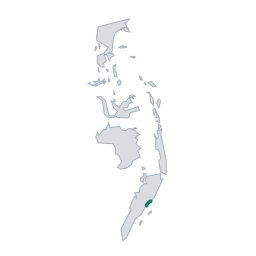 Pesisir Selatan, Sumatera Barat, Indonesia shown in context, rotated 252°
{"feature_id": "22746128B35993392452682", "entity_name": "Pesisir Selatan", "entity_type": "district", "adm_level": 2, "iso_a3": "IDN", "parent_name": "Indonesia", "parent_adm1": "Sumatera Barat", "projection": "orthographic", "projection_center": [100.561, -1.718], "detail": "fine", "context": "in_parent", "style": "filled", "palette": "teal", "viewbox_px": 256, "rotation_deg": 252, "n_neighbors": 0, "source": "geoboundaries", "source_scale": "gbopen_adm2", "svg_char_len": 5056}
<svg xmlns="http://www.w3.org/2000/svg" viewBox="0 0 256 256"><g transform="rotate(252 128 128)"><path d="M93.8,105.9L98.1,111.7L104.5,111.0L107.7,108.3L113.3,109.9L117.6,108.9L123.0,95.3L129.8,94.7L133.1,97.9L129.7,98.2L134.6,104.7L133.3,106.2L139.0,111.4L133.9,110.8L132.2,120.1L128.3,121.4L126.0,125.1L127.4,127.6L125.9,131.7L118.3,136.9L116.7,132.2L113.6,133.3L110.4,130.7L104.6,133.7L103.8,130.4L96.8,130.7L95.5,122.3L92.0,120.0L90.4,114.2L91.1,108.5L93.8,105.9ZM22.5,88.3L33.9,90.0L48.7,105.0L50.5,106.2L51.3,104.6L61.1,113.0L58.7,114.8L64.3,114.4L63.2,118.7L67.7,121.1L70.1,126.3L69.2,128.8L72.9,127.7L76.1,131.4L74.5,144.8L69.0,143.3L68.8,145.3L53.9,131.6L47.6,120.0L41.9,114.1L39.1,106.6L24.2,92.8L22.5,88.3ZM233.5,130.9L231.4,163.2L228.2,158.5L228.7,157.2L223.9,158.6L224.9,155.4L223.7,153.7L224.2,153.5L225.0,153.6L225.4,153.5L223.3,152.2L224.3,151.8L222.7,145.9L218.7,142.2L205.5,136.3L205.1,132.5L203.1,136.6L201.1,137.4L200.5,133.6L197.3,131.0L204.6,130.3L205.6,127.7L198.8,128.3L197.2,124.9L193.3,124.1L194.4,121.3L199.3,118.9L205.9,121.0L206.7,128.8L210.9,134.1L221.4,125.0L233.5,130.9ZM166.3,111.7L161.2,115.0L146.5,113.8L144.7,115.0L144.0,119.1L146.9,123.2L151.1,120.6L159.7,120.4L150.0,125.8L154.3,130.9L154.0,134.5L156.8,138.4L150.8,140.1L151.1,136.8L147.7,133.9L148.6,130.1L146.7,129.7L144.9,131.0L145.3,144.2L141.2,144.2L141.8,136.4L141.1,133.8L138.3,133.2L137.9,129.8L141.4,120.8L143.0,120.6L142.5,116.8L145.0,111.5L148.8,109.8L162.0,112.3L167.3,108.3L166.3,111.7ZM76.1,145.3L87.2,147.2L88.8,149.7L97.3,150.5L99.4,148.0L107.6,150.5L109.8,154.1L116.5,154.8L116.3,157.9L117.1,159.7L110.9,157.2L85.0,154.3L72.0,149.9L76.1,145.3ZM179.1,112.6L183.2,109.1L181.4,113.2L184.2,115.8L179.8,115.3L182.1,121.3L178.9,118.0L177.7,111.1L180.3,105.9L179.1,112.6ZM181.0,131.1L191.3,132.6L192.2,136.2L188.1,133.5L182.3,134.0L180.6,132.5L179.6,134.2L181.0,131.1ZM155.5,159.3L147.4,160.8L141.8,159.5L145.6,157.3L153.4,159.3L156.2,156.8L155.5,159.3ZM132.3,156.7L137.8,157.5L138.6,159.4L127.6,160.9L129.5,157.8L133.2,159.6L134.5,158.9L132.3,156.7ZM165.1,161.0L165.0,164.6L158.9,167.7L159.4,164.3L165.1,161.0ZM76.1,124.2L77.7,128.2L79.9,128.7L79.1,131.2L75.8,130.0L74.8,126.8L71.6,126.1L73.2,123.7L76.1,124.2ZM222.5,158.8L219.0,159.2L221.0,155.2L223.8,154.4L224.5,156.0L222.5,158.8ZM142.5,162.9L145.0,164.6L146.0,166.5L143.4,167.2L137.6,163.6L142.5,162.9ZM175.0,132.1L176.6,134.9L174.1,135.8L171.4,133.7L171.6,132.2L175.0,132.1ZM116.7,156.7L122.5,157.9L119.8,160.1L116.7,156.7ZM125.9,157.0L126.6,160.3L123.2,159.8L125.9,157.0ZM86.8,129.4L83.8,131.9L84.1,128.7L86.8,129.4ZM207.6,144.3L208.0,148.6L206.9,148.8L206.1,145.7L207.6,144.3ZM115.0,150.7L110.4,152.0L108.5,151.2L115.0,150.7ZM158.2,139.2L158.1,143.1L155.5,144.7L156.7,139.5L158.2,139.2ZM31.5,108.8L35.8,111.0L35.2,113.1L31.5,108.8ZM41.9,124.7L40.2,123.9L39.5,120.7L40.7,120.6L41.9,124.7ZM193.3,156.8L192.6,155.2L194.9,152.4L194.7,155.0L193.3,156.8ZM190.6,117.4L194.8,118.5L190.0,118.0L190.6,117.4ZM164.1,124.9L168.2,126.0L163.7,125.8L164.1,124.9ZM156.2,141.0L153.9,142.9L156.0,139.5L156.2,141.0ZM211.7,120.6L213.8,121.1L215.7,122.9L213.8,123.3L211.7,120.6ZM173.8,154.9L172.3,156.2L169.3,156.4L170.1,154.8L173.8,154.9ZM207.2,149.4L206.2,151.4L205.3,151.3L205.6,148.1L207.2,149.4ZM180.9,125.1L178.3,125.4L177.5,124.7L178.7,123.4L180.9,125.1ZM212.0,125.3L215.0,125.7L217.7,126.5L215.0,126.9L212.0,125.3ZM157.3,122.4L160.0,123.7L157.2,124.4L157.3,122.4ZM182.9,105.8L181.1,105.4L182.8,104.0L182.9,105.8ZM162.8,158.4L165.9,157.3L166.2,158.0L162.8,158.4ZM190.5,125.4L190.0,127.2L187.8,126.2L188.9,125.7L190.5,125.4ZM126.1,134.9L124.9,136.1L125.9,132.4L126.1,134.9ZM178.3,118.4L179.7,120.8L179.2,121.2L177.2,119.3L178.3,118.4Z" fill="#d9dde1" stroke="#a8b0b8" stroke-width="1"/><path d="M52.4,127.1L52.3,126.3L52.3,126.2L52.2,126.2L52.1,125.9L52.1,125.7L51.9,125.6L51.7,125.4L51.8,125.3L51.9,125.2L51.8,124.8L51.7,124.8L51.7,124.7L51.7,124.3L51.6,124.2L51.4,124.1L51.2,123.9L51.1,123.7L50.9,123.5L50.9,123.4L50.9,123.2L50.7,123.2L50.7,122.9L50.5,122.7L50.4,122.5L50.4,122.4L50.2,122.4L50.1,122.2L50.1,122.3L50.0,122.2L50.0,121.9L50.0,121.7L49.9,121.7L49.7,121.6L49.7,121.4L49.3,121.4L49.2,121.4L49.1,121.2L48.9,121.2L48.8,120.9L48.8,120.7L48.7,120.7L48.6,120.8L48.4,120.9L48.4,121.0L48.2,121.1L48.1,121.3L48.0,121.5L47.9,121.5L48.0,121.6L47.9,121.7L48.0,121.7L47.9,121.7L48.0,121.7L48.0,121.8L48.0,121.7L48.0,121.8L48.0,121.7L48.1,121.8L48.2,122.0L48.3,122.2L48.5,122.3L48.8,122.4L48.9,122.5L49.0,122.7L49.0,122.8L48.9,122.8L49.0,122.9L48.9,123.0L49.0,123.2L49.0,123.3L49.1,123.5L49.2,123.8L49.3,123.9L49.4,124.0L49.5,124.2L49.6,124.3L49.7,124.5L49.8,124.6L49.9,124.8L50.0,124.9L50.1,125.0L50.3,125.4L50.4,125.5L50.4,125.8L50.4,126.0L50.4,126.3L50.2,126.5L50.3,126.9L50.4,127.0L50.5,127.3L50.5,127.5L51.0,127.9L51.1,128.1L51.7,127.8L51.8,127.7L52.0,127.7L52.2,127.4L52.3,127.4L52.4,127.2L52.4,127.1ZM48.0,121.8L47.9,121.8L48.0,121.8L47.9,121.9L47.9,122.0L48.0,121.9L48.0,122.0L48.1,121.9L48.0,121.8ZM48.4,122.5L48.4,122.4L48.4,122.5L48.4,122.5Z" fill="#14b8a6" stroke="#0f766e" stroke-width="1.5"/></g></svg>